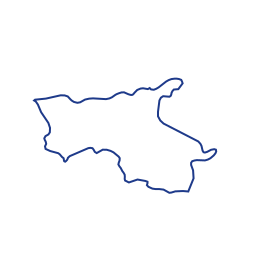 outline of Oran, rotated 223°
{"feature_id": "DZA-2145", "entity_name": "Oran", "entity_type": "Province", "adm_level": 1, "iso_a3": "DZA", "parent_name": "Algeria", "parent_adm1": "", "projection": "equal_earth", "projection_center": [-0.636, 35.601], "detail": "fine", "context": "isolated", "style": "outline", "palette": "blue", "viewbox_px": 256, "rotation_deg": 223, "n_neighbors": 0, "source": "natural_earth", "source_scale": "10m", "svg_char_len": 1914}
<svg xmlns="http://www.w3.org/2000/svg" viewBox="0 0 256 256"><g transform="rotate(223 128 128)"><path d="M40.6,122.7L44.8,119.4L50.2,113.9L52.3,110.3L53.6,108.8L60.0,107.2L63.3,104.8L66.1,102.2L68.8,100.3L73.0,98.9L75.2,99.1L76.2,101.1L77.1,102.0L79.2,101.1L85.9,96.8L90.2,88.8L94.3,87.6L95.7,88.5L97.0,90.1L98.6,91.6L100.9,92.3L102.7,92.6L106.1,93.8L108.1,94.1L110.2,94.8L111.2,96.5L112.0,98.5L113.5,100.3L115.3,100.7L122.0,100.3L125.1,99.4L128.7,97.6L131.7,94.9L133.8,88.3L136.0,87.9L138.4,88.7L140.2,89.0L142.0,87.8L143.3,86.2L151.4,67.7L151.6,65.2L151.2,64.5L150.8,63.1L150.8,61.5L151.0,60.5L152.0,60.2L153.0,60.8L153.9,61.6L154.6,62.0L156.4,61.8L160.0,62.2L161.8,62.0L169.2,58.1L174.0,56.5L176.2,58.0L177.0,60.6L178.9,61.9L180.9,62.6L182.2,63.4L182.8,65.8L181.8,69.0L182.2,71.5L185.1,74.9L189.7,77.4L202.3,80.3L209.9,83.7L213.6,84.5L215.4,84.1L215.3,85.3L208.1,93.5L199.6,105.9L196.6,108.6L193.6,110.0L189.6,109.7L187.9,109.7L185.3,110.2L182.2,111.9L180.5,114.2L178.8,119.5L176.4,123.0L173.8,125.8L163.8,134.1L161.8,136.9L160.7,139.5L159.8,143.8L159.3,145.2L158.3,147.3L157.0,149.6L155.2,151.4L150.9,152.9L148.8,153.9L147.8,154.7L147.3,155.5L147.2,156.8L147.3,158.2L147.2,162.1L145.7,165.4L144.1,167.3L140.0,170.0L139.4,172.0L137.6,171.9L136.8,172.4L135.2,173.6L134.1,175.9L133.3,178.6L131.8,188.0L130.9,190.8L129.6,193.4L127.7,195.7L126.0,197.3L124.1,198.6L121.9,199.5L120.1,198.8L118.5,197.9L117.7,190.7L120.7,187.4L120.7,185.5L120.2,183.6L119.1,181.8L118.7,180.6L119.0,179.2L120.2,178.2L124.0,175.2L124.6,172.6L123.8,169.6L117.1,160.3L114.0,157.0L109.5,155.5L105.0,155.5L67.4,166.1L64.2,165.8L62.0,165.0L58.0,162.3L56.2,161.8L55.0,162.5L53.8,164.6L52.4,168.7L50.5,171.3L48.9,172.1L47.5,171.0L46.8,169.1L46.6,166.4L47.1,162.1L48.1,159.3L49.6,156.8L55.8,151.4L57.2,149.6L58.4,147.5L58.1,145.6L56.6,144.0L51.5,141.4L45.7,135.9L40.8,123.1L40.6,122.7Z" fill="none" stroke="#1e3a8a" stroke-width="2"/></g></svg>